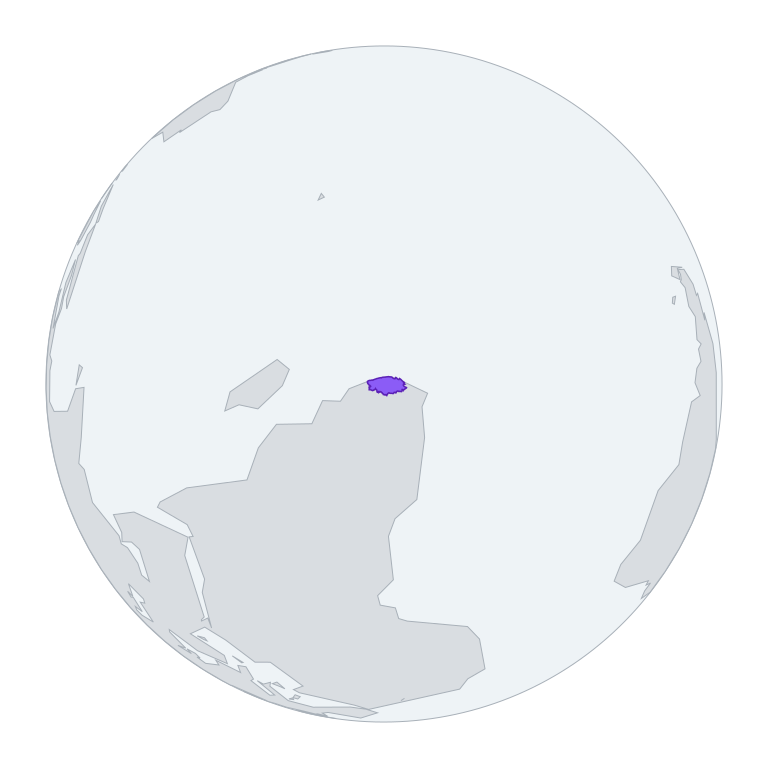 Eastern Cape on an orthographic globe, rotated 210°
{"feature_id": "ZAF-1926", "entity_name": "Eastern Cape", "entity_type": "Province", "adm_level": 1, "iso_a3": "ZAF", "parent_name": "South Africa", "parent_adm1": "", "projection": "orthographic", "projection_center": [27.087, -32.092], "detail": "fine", "context": "on_globe", "style": "filled", "palette": "violet", "viewbox_px": 768, "rotation_deg": 210, "n_neighbors": 0, "source": "natural_earth", "source_scale": "10m", "svg_char_len": 8821}
<svg xmlns="http://www.w3.org/2000/svg" viewBox="0 0 768 768"><g transform="rotate(210 384 384)"><circle cx="384" cy="384" r="338" fill="#eef3f6" stroke="#a8b0b8"/><path d="M49.6,335.3L49.6,336.3L53.9,327.0L54.8,335.1L53.7,344.9L56.5,340.9L56.7,345.8L73.2,328.5L86.1,328.3L88.7,346.1L83.8,376.9L93.3,428.7L88.3,461.6L96.4,483.2L108.7,522.3L104.4,532.1L115.3,540.6L120.9,554.1L120.8,562.1L129.1,571.5L129.4,577.3L135.1,578.9L148.1,598.0L158.8,603.6L171.4,618.0L178.4,620.7L178.7,623.0L182.1,627.3L186.6,630.0L181.7,633.3L166.3,625.0L157.7,617.0L157.7,619.3L138.0,599.6L142.6,606.0L119.3,583.4L101.9,559.9L68.5,502.1L65.1,494.9L65.0,495.4L57.1,469.5L51.3,443.1L47.6,416.3L46.1,389.3L46.8,362.2L49.6,335.3ZM193.9,629.5L184.1,634.2L187.8,630.8L179.9,622.4L188.9,621.5L193.9,629.5ZM175.4,605.8L172.4,598.2L174.7,598.2L177.3,603.5L175.4,605.8ZM330.1,50.4L326.6,51.1L328.8,51.0L358.6,47.6L364.4,47.0L366.5,46.5L374.5,46.3L373.8,46.2L397.7,46.4L421.6,48.2L445.3,51.7L468.7,56.9L491.7,63.7L514.1,72.1L535.9,82.1L556.9,93.7L577.0,106.6L596.2,121.0L614.3,136.7L631.2,153.7L646.9,171.8L661.3,190.9L674.3,211.1L685.8,232.1L695.8,253.8L704.3,276.2L711.1,299.2L711.8,302.0L710.9,304.5L709.6,297.9L698.4,266.6L701.5,283.7L710.2,312.8L713.4,337.6L708.9,321.7L705.1,299.6L701.0,288.0L698.4,271.9L687.9,242.1L683.2,237.8L680.0,228.5L664.8,201.5L656.0,195.3L644.4,202.2L648.7,225.7L642.1,231.1L619.4,186.2L608.6,162.6L600.9,160.1L577.2,135.6L537.6,120.1L531.6,114.2L524.3,114.0L507.6,105.7L498.3,97.3L488.4,95.7L513.0,118.5L523.6,120.9L532.0,116.5L536.9,124.3L553.0,135.6L536.5,148.1L477.1,153.3L470.8,135.8L423.2,92.3L424.3,88.6L424.1,88.2L423.5,87.5L419.6,93.2L411.3,86.5L437.2,112.7L441.8,125.3L476.3,154.2L473.1,156.5L484.1,163.8L518.6,164.0L518.9,169.9L502.9,195.4L454.7,232.4L460.9,265.9L457.0,295.3L426.6,313.5L428.9,338.9L413.1,347.3L411.9,362.4L399.0,378.6L377.6,395.0L341.6,397.8L339.7,383.3L322.1,358.0L297.8,300.4L307.1,272.9L304.0,254.3L278.0,219.1L283.7,197.5L276.7,190.6L262.2,195.8L254.0,188.2L245.3,190.3L190.4,215.7L173.8,210.9L154.1,187.8L164.0,170.7L165.9,157.6L234.6,94.5L249.0,91.1L302.9,74.3L309.6,74.1L303.1,81.9L343.4,86.2L356.6,78.6L393.2,83.1L417.7,83.8L426.8,70.9L386.6,69.1L379.8,63.5L412.1,59.8L447.2,64.0L445.7,62.1L423.6,56.1L431.8,54.6L416.0,54.2L422.3,56.1L412.6,56.4L406.2,54.7L409.4,54.0L398.8,52.9L386.5,58.1L391.6,60.7L363.9,62.4L369.8,67.2L362.2,70.1L349.5,63.2L350.9,60.6L327.2,57.4L323.2,60.0L345.4,63.7L338.4,63.8L333.2,68.9L331.7,65.2L308.6,61.9L283.7,68.7L251.6,87.4L237.2,93.3L225.2,96.0L237.1,83.1L268.2,71.6L272.8,68.2L266.8,68.1L276.8,65.1L278.1,64.0L289.9,60.6L306.7,55.4L318.7,52.9L324.5,51.4L330.1,50.4ZM351.6,47.6L347.4,48.2L337.1,49.5L336.0,49.5L351.6,47.6ZM211.0,118.3L209.1,122.0L211.0,118.3ZM484.8,77.6L505.5,83.3L495.3,74.5L502.4,76.3L496.4,73.0L494.5,73.9L479.5,66.0L488.1,67.0L485.1,64.7L478.0,62.8L464.7,62.5L486.0,73.2L481.6,74.6L484.8,77.6ZM273.4,64.7L258.1,70.4L273.4,64.7ZM292.0,58.9L296.2,58.0L292.6,59.4L266.5,67.6L277.1,63.7L272.6,65.0L284.6,61.0L292.0,58.9ZM317.4,70.5L322.6,70.0L330.8,68.7L327.7,72.3L317.4,70.5ZM301.2,68.1L306.0,66.9L305.6,70.4L300.2,71.3L301.2,68.1ZM308.9,63.7L306.2,66.5L304.5,65.5L308.9,63.7ZM331.0,50.3L336.1,49.5L336.5,49.5L333.6,50.1L331.0,50.3ZM419.8,72.5L412.6,74.5L408.9,73.1L412.1,72.6L419.8,72.5ZM367.8,71.4L379.5,72.7L366.8,72.4L367.8,71.4ZM533.0,510.4L533.6,517.7L529.1,516.0L533.0,510.4ZM513.4,300.2L488.8,351.8L473.3,349.3L471.2,331.7L480.8,299.4L499.2,293.5L508.4,281.0L513.4,300.2ZM717.0,437.3L716.1,444.9L715.9,446.1L717.0,437.3ZM718.2,426.1L717.8,433.6L717.7,427.9L718.2,426.1ZM716.5,444.1L717.5,436.6L717.0,441.4L717.0,441.7L716.5,444.1ZM718.2,421.4L714.9,395.4L712.5,381.9L713.9,379.2L717.7,396.6L718.2,421.4ZM713.7,378.3L708.9,349.5L696.3,290.3L701.0,297.8L712.9,342.3L712.4,345.2L715.3,365.1L713.7,378.3ZM721.9,388.2L721.8,389.8L721.0,401.1L720.0,385.7L719.1,377.2L718.5,356.5L718.9,350.8L719.9,356.3L720.5,352.7L721.9,388.2ZM650.1,228.8L657.5,248.2L653.3,247.4L650.1,228.8ZM598.3,644.3L610.9,633.9L602.6,641.7L595.5,647.1L598.3,644.3ZM612.2,633.2L613.1,632.4L619.6,626.2L619.6,625.9L628.0,616.8L644.1,599.1L643.7,598.8L649.4,592.8L646.2,595.5L655.9,583.0L663.3,571.2L660.6,550.9L663.3,539.6L669.9,533.2L686.8,499.5L686.6,502.8L695.7,483.7L701.5,491.5L707.9,480.4L707.1,482.9L698.7,507.2L688.4,530.7L676.4,553.4L662.7,575.1L647.4,595.7L630.5,615.1L612.2,633.2ZM719.9,421.3L719.8,422.0L720.2,418.0L721.4,403.3L721.4,402.9L719.9,421.3Z" fill="#d9dde1" stroke="#a8b0b8" stroke-width="1"/><path d="M391.9,372.5L392.4,372.3L392.7,372.3L393.0,372.1L393.9,371.6L394.1,372.0L394.4,372.2L394.4,372.3L394.3,372.5L394.3,372.8L394.4,373.2L394.6,373.5L395.0,373.6L394.9,373.4L395.1,373.4L395.3,373.7L395.2,374.0L394.9,374.2L394.7,374.3L394.7,374.5L394.6,374.8L394.5,375.0L394.3,375.2L394.4,375.4L394.7,375.5L394.8,375.4L395.0,375.5L395.4,375.7L395.5,375.6L395.8,375.5L396.0,375.4L396.5,375.7L396.6,375.8L396.8,375.9L397.1,375.9L397.5,376.1L397.9,376.2L398.2,376.4L398.3,376.5L398.4,376.4L398.5,376.5L398.6,376.8L398.8,376.8L399.0,376.9L399.1,377.1L399.3,377.2L399.3,377.3L399.4,377.5L399.4,377.8L399.6,378.0L399.3,378.7L399.2,378.8L399.0,379.2L398.7,379.5L398.0,380.2L397.9,380.2L397.6,380.3L397.4,380.4L397.3,380.5L397.0,380.9L396.8,381.0L396.7,381.2L396.3,381.4L396.0,381.6L395.9,381.7L395.7,381.7L395.7,381.8L395.6,382.0L395.4,382.1L395.4,382.3L395.1,382.5L394.9,382.8L394.7,383.1L394.3,383.4L394.2,383.7L394.0,383.9L393.4,384.5L392.9,385.2L392.6,385.4L391.9,386.1L391.6,386.3L391.3,386.6L391.3,386.8L390.7,387.2L390.6,387.3L390.3,387.5L390.2,387.7L390.0,387.8L389.6,388.1L389.3,388.1L389.2,388.3L389.0,388.7L388.9,388.8L388.4,389.3L388.2,389.3L388.1,389.5L387.8,389.7L387.7,389.8L387.3,390.0L387.2,390.0L386.7,390.5L386.2,390.7L386.2,390.8L386.0,391.0L385.9,391.0L385.7,391.2L385.3,391.5L385.2,391.6L384.7,391.9L384.6,392.0L384.3,392.2L384.2,392.3L384.1,392.5L383.9,392.5L383.5,392.7L383.2,392.8L382.9,393.0L382.6,393.1L382.4,393.2L381.9,393.4L381.8,393.5L381.7,393.6L381.2,393.8L380.8,393.9L380.4,393.8L380.1,393.9L379.8,393.7L379.1,393.6L378.4,393.6L378.0,393.6L377.6,393.8L377.3,394.0L377.1,394.1L377.0,394.3L376.9,394.4L376.8,394.8L376.8,395.0L377.0,395.1L377.2,395.4L377.2,395.5L376.9,395.6L376.7,395.6L376.2,395.5L375.8,395.5L375.7,395.4L375.3,395.3L375.2,395.2L374.7,395.1L374.3,395.1L373.8,395.2L373.6,395.3L373.4,395.3L373.4,395.7L373.4,395.8L373.0,396.1L373.0,396.3L373.1,396.5L372.9,396.5L372.5,396.5L372.1,396.4L371.8,396.4L371.7,396.4L371.3,396.3L371.1,396.2L370.9,396.1L370.2,396.0L370.0,395.9L369.7,395.8L368.8,395.7L368.5,395.6L368.0,395.6L367.1,395.4L367.1,395.1L367.4,394.8L366.7,394.5L366.6,394.3L366.3,394.2L366.2,394.3L365.8,394.3L366.1,393.9L367.0,393.4L366.8,393.0L366.7,392.6L366.4,392.4L366.0,392.2L365.2,392.0L364.0,392.0L363.4,392.1L362.7,392.2L362.6,391.9L362.6,391.7L363.4,390.3L363.5,390.1L363.4,389.8L363.5,389.6L363.6,389.4L363.8,389.1L364.1,388.9L364.1,388.4L364.2,388.5L364.3,388.7L364.5,388.7L365.1,388.5L365.4,388.5L365.6,388.3L365.4,388.1L365.3,387.9L365.1,387.7L365.1,387.4L365.1,387.2L364.9,386.8L364.9,386.5L364.9,386.3L365.1,386.1L365.3,385.9L365.6,385.9L365.9,385.8L366.6,385.7L366.8,385.5L367.0,385.1L367.2,384.9L367.4,384.9L367.8,385.0L368.0,385.0L368.7,384.7L368.8,384.5L369.0,384.4L369.1,384.2L369.1,383.9L369.2,383.7L369.3,383.6L369.5,383.4L369.4,383.2L369.2,383.0L369.2,382.8L369.3,382.7L369.3,382.4L369.3,382.2L369.7,382.2L370.2,382.0L371.0,381.9L371.1,381.0L371.1,380.6L371.3,380.2L372.0,380.0L372.3,380.0L372.5,379.9L372.8,379.7L373.0,379.6L373.3,379.3L373.8,379.2L374.6,378.8L375.2,379.0L375.4,378.9L375.4,378.6L375.6,378.4L375.7,378.2L375.9,377.8L375.8,377.6L376.0,377.4L376.0,377.2L375.9,376.9L375.9,376.7L376.0,376.6L376.1,376.4L375.9,376.2L375.8,375.3L376.3,375.3L376.5,375.3L376.6,375.5L376.8,375.6L377.1,375.7L377.3,375.6L377.7,375.3L377.8,375.2L377.9,374.9L378.0,374.9L378.2,375.0L378.4,374.8L378.8,374.7L379.0,374.8L379.2,374.7L379.3,374.6L379.5,374.8L379.8,374.9L379.8,375.0L380.1,375.1L380.7,375.0L380.9,375.1L380.9,375.3L381.0,375.4L381.2,375.5L381.3,375.5L381.6,375.5L381.8,375.6L382.0,375.6L382.3,375.6L382.6,375.5L382.8,375.7L383.2,375.5L383.3,375.5L383.2,375.3L383.3,375.2L383.5,375.1L383.6,374.9L383.9,374.8L384.2,374.8L384.3,374.8L384.2,374.6L384.3,374.6L384.5,374.6L384.8,374.5L385.0,374.6L385.2,374.4L385.1,374.2L385.3,374.3L385.4,374.2L385.2,374.1L385.3,373.9L385.5,373.9L385.4,373.8L385.3,373.6L385.5,373.5L385.8,373.5L386.0,373.8L386.3,373.9L386.3,374.0L386.5,374.4L386.6,374.5L386.9,374.8L387.2,375.1L387.3,375.2L387.5,375.3L387.9,375.2L388.0,375.3L388.3,375.5L388.9,375.5L389.0,375.6L389.0,375.3L389.0,375.1L389.4,374.6L389.3,374.4L389.8,374.0L389.8,373.9L389.8,373.6L389.7,373.5L389.7,373.4L390.0,373.2L390.3,373.0L390.4,372.9L390.5,372.6L391.0,372.6L391.3,372.4L391.5,372.4L391.7,372.5L391.9,372.5Z" fill="#8b5cf6" stroke="#5b21b6" stroke-width="1.5"/></g></svg>